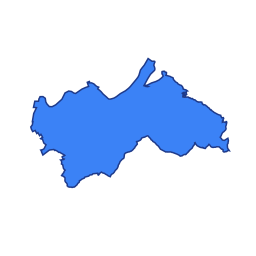 outline of Soimus, Hunedoara, Romania, rotated 147°
{"feature_id": "2599482B73635822443481", "entity_name": "Soimus", "entity_type": "district", "adm_level": 2, "iso_a3": "ROU", "parent_name": "Romania", "parent_adm1": "Hunedoara", "projection": "equal_earth", "projection_center": [22.855, 45.95], "detail": "fine", "context": "isolated", "style": "filled", "palette": "blue", "viewbox_px": 256, "rotation_deg": 147, "n_neighbors": 0, "source": "geoboundaries", "source_scale": "gbopen_adm2", "svg_char_len": 5694}
<svg xmlns="http://www.w3.org/2000/svg" viewBox="0 0 256 256"><g transform="rotate(147 128 128)"><path d="M134.4,188.0L137.3,188.5L138.4,184.3L141.6,185.1L145.4,185.7L153.1,185.5L154.4,186.8L155.5,189.4L157.6,191.3L161.7,191.7L167.8,188.1L176.0,186.8L180.0,187.2L182.3,188.8L182.9,192.3L182.7,194.7L181.2,198.0L182.2,200.6L184.7,202.2L185.3,201.7L186.6,201.1L188.5,199.2L191.6,201.2L196.1,196.7L195.3,196.2L193.7,194.9L199.2,191.5L204.8,185.4L204.3,185.1L206.3,183.0L206.6,182.7L209.0,181.8L209.2,180.9L209.6,180.0L209.9,176.9L207.2,176.5L207.5,173.0L206.1,173.2L206.3,169.7L204.5,170.1L204.6,167.6L204.8,166.6L205.1,166.8L207.1,166.7L206.9,166.2L206.0,165.7L206.1,165.2L205.9,164.8L206.2,163.7L206.8,161.2L205.9,158.6L208.9,156.8L209.9,156.3L211.5,156.4L213.2,157.0L213.1,155.7L213.5,155.3L214.1,151.7L206.1,152.3L205.1,152.0L204.7,151.7L203.7,151.3L202.5,150.6L201.9,150.4L201.6,149.1L201.2,149.2L200.2,147.7L199.2,145.1L198.3,144.7L198.0,143.7L196.2,140.3L195.9,139.5L197.0,139.4L198.2,139.8L199.0,139.7L199.3,137.7L198.4,136.7L198.9,136.5L201.9,137.8L201.7,137.1L201.9,136.4L202.5,135.0L203.4,134.1L202.8,132.7L204.1,129.4L204.1,128.4L203.7,126.9L205.2,126.4L206.1,125.6L206.9,125.4L207.7,125.0L208.2,125.0L208.4,124.7L209.4,124.4L209.2,124.1L209.4,123.9L208.9,123.3L208.3,122.3L208.4,122.0L208.0,121.3L208.0,120.5L209.6,118.1L209.8,117.3L209.8,116.5L209.6,115.9L209.5,114.6L209.7,113.7L210.5,112.6L210.2,111.9L210.2,111.3L209.3,110.3L207.6,109.2L207.3,108.6L206.2,108.3L205.2,107.7L204.6,107.8L204.3,107.7L203.6,107.9L201.8,108.1L200.3,108.9L198.7,109.0L197.9,109.6L197.4,110.3L196.6,110.0L194.5,110.2L191.8,109.8L191.4,110.1L190.7,110.3L188.8,109.6L187.3,109.1L186.8,109.1L185.9,109.3L185.2,109.2L183.7,108.4L182.3,108.7L178.0,106.5L178.1,105.9L178.7,105.2L178.3,104.6L175.8,105.5L174.3,105.5L173.7,104.1L172.4,102.7L172.1,101.7L171.0,99.7L170.7,98.7L169.4,96.8L167.7,97.9L166.5,98.1L165.3,98.0L163.7,98.4L161.7,99.4L160.2,99.6L158.8,100.1L157.3,101.1L156.4,102.1L154.7,102.9L152.8,104.2L149.5,105.0L148.3,104.8L147.4,105.4L145.2,108.0L143.8,108.4L141.1,107.8L139.4,107.1L138.7,107.2L137.8,106.8L135.6,107.1L134.0,107.6L133.1,107.7L132.8,108.0L132.1,108.4L129.0,109.4L128.3,111.1L128.4,111.8L128.0,111.9L127.8,111.7L127.2,111.5L125.4,111.2L124.3,111.1L123.3,111.3L122.7,111.8L121.9,112.1L120.4,111.8L118.8,111.2L117.7,111.2L115.9,110.8L115.5,110.4L115.4,109.7L115.4,109.2L114.9,106.9L115.0,105.4L114.5,104.5L114.4,103.9L114.5,103.3L113.4,101.0L113.1,98.4L112.8,97.4L112.4,96.3L112.3,92.5L109.3,87.2L108.3,86.8L107.9,86.3L105.4,84.8L104.6,83.9L104.4,83.5L103.9,83.2L103.5,82.6L101.0,79.2L99.9,77.3L99.6,76.1L99.4,75.9L97.7,75.2L96.1,75.3L95.5,75.2L95.0,75.0L94.5,74.5L93.8,74.3L93.4,74.4L93.1,74.7L91.5,74.8L89.6,75.3L89.3,75.4L89.4,75.5L88.1,75.8L85.1,76.2L83.5,77.2L81.9,77.7L80.9,78.2L80.2,78.9L80.2,79.2L79.7,79.2L79.9,77.5L79.7,75.5L78.0,72.5L77.2,71.6L75.9,71.0L75.6,70.5L75.9,70.4L74.8,69.1L74.2,68.7L73.1,69.3L70.2,69.7L69.0,70.2L68.7,69.0L68.7,67.9L68.6,67.1L67.9,65.9L66.7,65.1L66.3,65.0L64.8,64.1L63.8,64.0L61.8,62.5L61.1,59.3L60.4,58.8L60.1,58.1L60.2,57.7L60.9,57.0L60.9,56.5L60.8,55.9L60.3,55.4L58.8,54.9L58.1,54.5L56.5,54.7L55.8,54.3L55.5,53.9L55.4,53.8L55.4,54.7L55.5,56.6L55.1,57.6L54.1,59.4L53.5,60.2L52.4,60.7L51.6,61.8L50.9,62.4L50.5,63.1L49.8,65.0L53.9,65.1L55.3,66.4L55.5,66.9L55.4,68.2L55.7,69.5L55.7,70.0L55.1,70.4L54.4,70.6L52.1,72.2L50.9,72.7L49.7,72.7L47.1,73.3L46.2,73.9L45.5,75.6L44.9,76.4L44.2,76.8L42.2,78.8L41.9,79.7L42.3,80.0L42.5,79.9L42.9,79.2L43.1,79.2L43.7,80.3L44.3,80.6L45.0,81.5L45.6,81.5L44.9,82.5L44.4,82.3L44.1,82.4L43.7,83.4L42.9,83.6L42.5,84.0L42.4,84.8L43.8,85.5L43.7,86.4L43.7,87.4L43.3,88.1L44.3,89.2L45.2,90.4L47.4,94.4L47.6,95.3L48.1,96.3L48.4,98.0L48.8,98.0L49.1,99.2L49.0,99.7L49.2,100.1L49.2,101.0L49.7,101.6L50.0,103.4L50.4,104.0L50.4,104.6L50.9,105.5L51.6,106.1L52.1,106.3L52.3,107.1L52.2,107.4L52.5,107.8L52.2,108.6L52.3,109.1L52.1,109.6L52.6,109.8L53.3,110.6L54.5,111.1L54.9,111.4L55.0,111.9L55.4,112.2L55.9,113.0L56.5,115.1L57.5,116.0L57.6,116.5L57.8,116.8L57.9,117.6L59.0,118.1L59.2,118.9L59.7,119.2L59.7,119.7L60.5,120.4L60.7,121.3L62.0,121.9L62.8,122.6L63.4,122.7L64.3,123.5L64.1,123.5L64.3,124.1L64.8,124.6L64.6,124.9L64.3,124.7L64.4,125.0L64.0,125.2L63.7,124.9L63.6,125.3L62.9,125.6L62.2,124.8L62.4,124.0L62.2,123.6L61.9,123.8L61.5,124.4L61.3,124.5L60.8,124.3L60.6,124.6L60.4,124.5L60.2,126.0L60.3,126.3L61.3,126.4L61.8,126.7L62.2,126.7L62.0,126.4L62.6,126.4L63.0,126.9L63.6,126.9L63.6,127.6L62.7,127.5L62.3,127.7L60.7,126.8L60.3,126.7L59.7,126.1L58.6,127.1L58.0,126.8L58.4,128.0L59.0,128.8L60.4,130.4L60.5,130.8L60.0,131.5L60.1,132.1L59.8,132.9L60.0,134.2L60.2,134.9L61.1,135.9L61.8,137.3L62.1,138.1L62.0,138.8L62.1,139.1L62.8,140.4L63.2,141.4L63.1,142.5L63.5,143.6L63.5,144.0L62.9,145.2L63.0,145.8L64.1,147.3L64.5,148.2L67.5,151.6L66.5,152.2L65.5,153.6L65.6,153.9L66.2,154.3L66.4,154.9L66.4,155.5L66.8,156.0L68.6,156.8L69.1,156.5L69.6,155.3L70.0,155.0L70.0,153.2L70.4,152.3L72.2,151.8L75.9,151.4L79.3,151.8L83.8,153.0L88.9,153.5L90.0,154.3L90.2,154.2L89.7,153.2L88.5,151.8L88.9,151.9L90.5,153.2L90.8,153.9L91.6,154.8L84.2,158.8L79.9,160.8L74.3,161.9L73.3,162.8L72.8,164.0L72.4,165.4L72.3,166.4L71.1,167.6L69.8,168.5L69.7,168.5L69.3,169.2L69.6,169.7L71.6,171.0L73.3,175.3L80.2,171.8L83.1,170.9L86.0,169.8L90.1,166.3L91.8,165.3L93.9,164.5L103.5,161.5L105.9,161.0L109.8,160.6L115.7,161.0L120.5,160.6L123.2,160.7L124.4,161.0L126.7,161.7L127.9,162.4L128.3,162.7L128.8,164.0L129.1,165.5L130.4,170.1L130.8,173.3L131.4,175.5L132.1,177.3L131.2,177.9L130.6,177.9L130.3,178.2L131.4,179.6L132.3,181.8L132.2,182.5L132.8,183.9L134.0,185.7L136.1,187.1L135.3,187.9L134.4,188.0Z" fill="#3b82f6" stroke="#1e3a8a" stroke-width="1.5"/></g></svg>